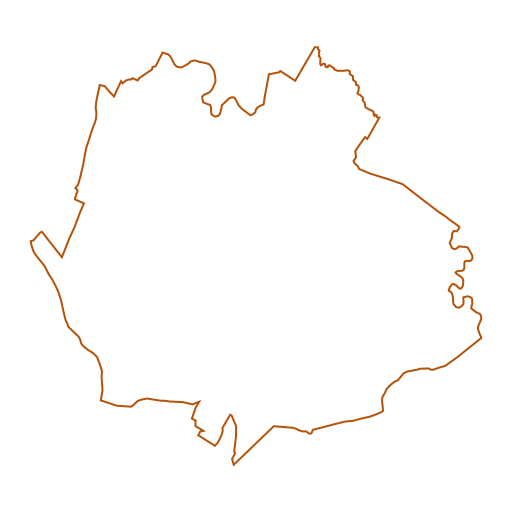 Barsa, Arad, Romania (Albers equal-area conic projection)
{"feature_id": "2599482B4911950613954", "entity_name": "Barsa", "entity_type": "district", "adm_level": 2, "iso_a3": "ROU", "parent_name": "Romania", "parent_adm1": "Arad", "projection": "albers", "projection_center": [22.056, 46.377], "detail": "fine", "context": "isolated", "style": "outline", "palette": "amber", "viewbox_px": 512, "rotation_deg": 0, "n_neighbors": 0, "source": "geoboundaries", "source_scale": "gbopen_adm2", "svg_char_len": 5172}
<svg xmlns="http://www.w3.org/2000/svg" viewBox="0 0 512 512"><path d="M481.3,338.0L481.0,336.8L479.1,332.7L477.9,328.3L478.6,325.1L481.2,319.4L481.1,316.7L480.7,315.2L479.6,313.7L479.0,313.5L478.4,313.2L477.7,313.1L476.6,312.4L475.4,311.7L473.2,309.9L472.3,309.2L471.3,308.4L471.5,306.9L471.5,305.6L472.2,304.8L472.3,303.6L472.1,301.7L472.2,300.6L472.0,298.8L471.6,298.0L470.6,297.3L469.4,296.7L467.9,296.4L466.8,296.4L465.4,296.8L463.4,297.3L463.3,298.4L463.5,300.2L463.5,302.4L463.3,304.1L462.0,305.8L460.6,306.7L459.3,307.5L458.5,307.5L457.8,307.4L456.4,307.2L455.7,306.8L455.2,305.9L453.8,304.6L453.2,302.8L453.1,301.5L453.1,300.1L453.0,297.8L452.7,296.2L452.3,294.4L451.7,293.0L451.2,292.6L450.3,291.3L448.9,290.9L448.7,289.8L449.5,288.2L449.8,287.1L450.6,286.3L451.3,285.1L452.6,284.1L453.9,284.0L455.4,285.0L456.7,285.6L457.2,286.5L458.2,287.3L459.1,288.2L460.5,288.7L461.1,288.4L462.1,287.1L462.9,285.6L463.2,283.0L463.3,281.1L462.7,278.5L461.9,277.6L460.4,276.5L458.2,274.9L456.4,273.8L455.6,272.4L457.3,271.2L458.8,270.9L461.8,270.9L463.6,270.0L464.4,267.5L464.3,264.6L464.4,262.2L465.2,261.2L467.8,260.8L468.9,261.2L470.7,260.6L472.1,259.2L472.5,257.4L472.1,255.2L470.6,252.4L467.7,247.5L464.7,246.9L461.6,246.7L458.9,246.4L456.7,248.4L454.6,249.2L452.0,248.0L450.8,245.5L449.7,242.8L451.1,239.9L452.0,237.4L452.0,233.9L453.6,231.0L456.8,231.3L459.1,228.2L459.3,226.7L457.3,225.2L449.0,219.3L446.4,217.0L439.0,212.2L422.5,199.6L402.9,184.3L389.1,179.5L370.4,173.7L359.1,169.0L358.0,166.4L355.1,163.8L353.5,161.2L356.0,157.2L355.3,151.1L360.0,144.1L365.1,137.1L367.3,138.9L367.9,137.9L379.3,117.6L377.7,117.6L376.7,116.8L376.8,115.5L375.6,114.7L374.4,115.9L373.7,114.8L373.6,112.5L373.1,111.4L371.4,110.4L369.4,109.5L367.6,108.6L366.4,108.0L365.3,106.9L365.0,105.8L364.9,104.3L364.8,103.2L364.0,101.8L362.6,100.1L363.0,98.8L362.7,97.3L361.4,96.2L360.2,95.0L358.7,94.5L357.4,93.4L358.3,91.3L358.9,87.5L358.6,86.9L358.4,86.2L357.9,85.4L356.0,84.7L355.9,82.1L353.1,79.9L352.8,76.1L349.7,74.0L349.8,71.5L348.3,70.3L345.6,70.5L342.6,70.9L341.4,70.8L340.1,70.8L337.4,70.8L335.6,69.9L334.6,69.7L333.8,67.9L332.7,67.4L331.2,66.5L330.2,65.6L328.9,65.3L328.2,65.8L327.7,67.1L326.5,67.1L325.5,66.7L325.4,65.1L324.9,63.9L323.1,63.8L321.7,64.9L320.8,65.3L320.3,64.1L320.3,61.4L320.5,58.1L318.8,56.1L319.3,54.6L318.9,52.7L319.5,50.7L318.1,49.2L317.9,47.3L316.2,47.3L314.8,47.2L305.0,64.0L295.2,80.8L280.3,71.0L279.1,72.3L268.9,74.3L264.6,97.5L263.6,104.5L259.8,106.0L257.6,107.4L255.9,109.6L255.3,112.3L252.9,114.3L250.4,115.2L242.2,109.1L238.7,105.4L237.3,102.7L236.1,100.3L234.5,97.6L231.9,97.2L228.8,98.6L225.9,101.4L222.0,105.1L221.2,109.0L220.0,113.7L218.5,115.7L215.6,116.6L213.6,115.9L211.9,114.7L211.0,111.9L211.1,107.8L210.2,105.0L207.5,104.1L203.2,102.3L202.6,100.2L202.1,96.6L204.1,94.8L209.2,92.5L212.2,89.3L214.2,85.0L215.5,81.2L215.2,77.3L214.1,71.0L211.4,66.7L209.3,64.3L205.8,63.1L202.4,62.5L198.8,61.7L194.5,60.3L192.7,60.9L190.5,61.5L188.8,63.4L185.9,65.1L181.9,67.3L179.7,67.3L176.8,66.7L174.5,64.4L172.9,61.3L170.6,56.8L168.4,54.5L162.5,52.6L162.0,53.8L160.0,57.6L155.6,66.3L152.5,67.0L152.0,69.5L145.1,74.1L139.4,78.0L138.1,79.7L137.7,80.5L132.4,78.2L131.3,79.5L128.9,79.5L126.2,80.4L122.5,83.3L121.0,81.2L114.0,96.5L109.5,91.8L104.7,86.1L99.7,85.1L99.6,85.8L96.9,98.1L96.0,103.4L95.7,108.6L96.3,111.7L96.4,113.3L96.0,118.8L94.6,123.4L93.2,126.5L90.4,134.9L88.8,140.2L86.4,147.3L85.1,153.4L83.3,164.0L80.4,176.6L78.1,184.6L75.4,188.1L76.6,189.3L77.2,189.9L77.5,190.8L77.3,192.4L76.1,194.1L76.2,195.4L75.7,196.5L74.9,198.2L75.2,199.5L84.0,203.4L80.2,212.0L74.6,227.0L69.4,238.2L61.9,257.2L46.3,237.4L45.0,235.7L43.2,233.4L41.8,231.7L40.0,232.8L33.5,240.3L31.9,240.8L30.7,241.2L31.1,243.5L31.6,245.8L32.5,248.5L33.4,251.2L35.5,254.7L44.6,266.1L49.0,274.7L52.2,279.5L55.3,285.3L58.0,291.0L61.1,300.3L63.2,310.1L64.6,316.4L65.9,321.0L67.1,322.9L67.8,325.2L68.2,326.7L69.0,327.4L70.8,329.2L73.4,331.7L74.7,333.0L78.7,336.7L80.0,339.3L81.2,343.3L82.8,345.7L87.4,349.5L93.5,353.4L97.1,357.1L99.6,363.8L102.0,371.1L101.6,376.9L101.8,380.3L101.9,381.5L102.5,390.6L101.6,395.5L100.8,400.4L116.8,405.7L131.0,406.7L133.5,405.0L137.2,401.4L139.1,400.4L141.6,399.6L147.3,398.5L153.5,399.6L161.6,400.8L164.4,400.7L170.3,401.6L172.6,401.6L183.4,402.2L192.5,404.4L199.1,401.8L195.7,407.7L194.9,410.0L191.9,418.6L195.7,420.6L195.4,421.8L195.5,426.1L203.5,430.9L202.5,431.2L200.6,431.3L199.8,432.3L198.2,435.2L214.9,445.8L217.5,443.0L220.3,437.9L221.7,434.6L222.7,430.9L222.5,427.9L230.2,414.7L231.7,415.7L236.1,426.1L236.0,436.3L234.2,451.3L235.1,453.5L232.1,458.8L233.7,464.8L273.8,426.2L293.2,427.8L297.2,429.2L297.9,430.0L303.1,431.5L306.0,431.3L307.6,432.4L308.8,433.5L310.9,433.6L312.0,432.2L312.7,429.9L335.6,423.9L345.5,421.5L353.1,420.8L362.4,418.3L369.6,416.7L376.6,414.2L381.7,411.9L383.1,410.7L382.7,407.0L382.1,401.5L382.1,399.2L382.7,396.5L384.7,393.3L386.4,389.4L389.3,386.1L392.3,383.4L394.5,381.7L397.7,380.4L400.9,376.6L404.0,373.0L407.7,371.4L411.1,370.9L413.5,370.3L416.3,369.9L420.4,368.7L424.8,368.6L428.3,368.4L430.7,369.6L433.4,369.7L437.1,368.3L439.5,367.5L445.2,365.9L457.0,357.4L481.3,338.0Z" fill="none" stroke="#b45309" stroke-width="2"/></svg>